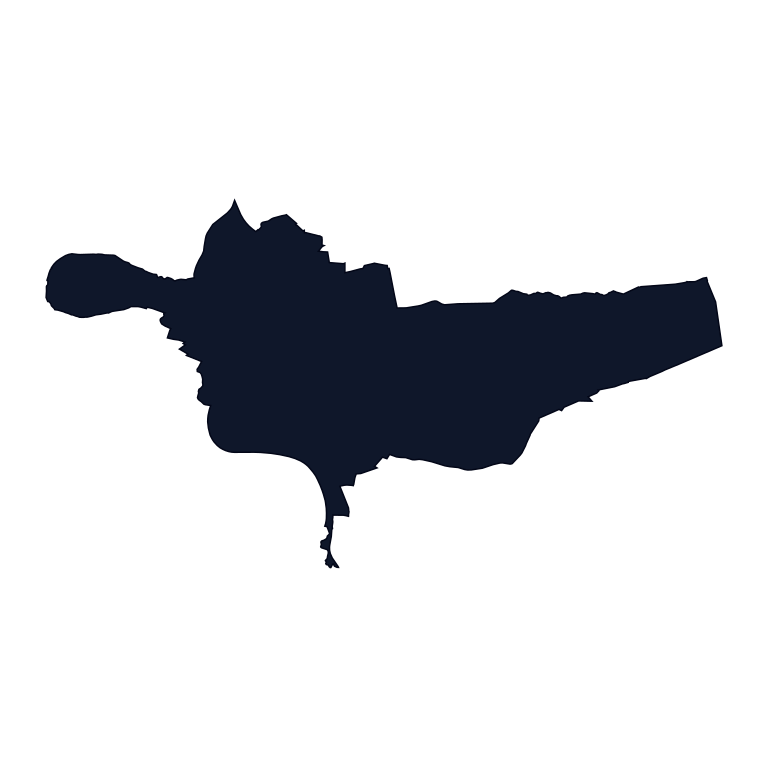 outline of Zutphen, Gelderland, Netherlands
{"feature_id": "6326949B28786285357983", "entity_name": "Zutphen", "entity_type": "district", "adm_level": 2, "iso_a3": "NLD", "parent_name": "Netherlands", "parent_adm1": "Gelderland", "projection": "equal_earth", "projection_center": [6.221, 52.129], "detail": "fine", "context": "isolated", "style": "filled", "palette": "ink", "viewbox_px": 768, "rotation_deg": 0, "n_neighbors": 0, "source": "geoboundaries", "source_scale": "gbopen_adm2", "svg_char_len": 6066}
<svg xmlns="http://www.w3.org/2000/svg" viewBox="0 0 768 768"><path d="M324.8,526.2L327.0,526.6L328.7,531.0L329.5,533.3L329.5,533.7L328.9,534.6L327.4,536.0L326.8,538.2L326.0,539.0L324.0,540.2L321.8,540.9L321.2,541.5L320.9,542.1L321.3,544.1L321.3,544.7L320.7,546.8L320.9,547.3L321.6,547.8L327.1,549.6L327.6,550.1L328.1,551.1L328.3,552.5L328.2,553.6L327.6,556.1L327.2,558.6L325.4,560.5L325.5,560.9L326.5,562.1L325.8,563.2L325.8,563.7L326.3,564.5L328.3,565.1L329.2,566.7L330.2,567.6L330.9,567.5L332.5,564.3L333.2,563.7L333.6,563.9L334.1,565.7L334.7,566.3L337.0,567.3L338.5,567.4L338.4,567.1L337.8,566.1L332.2,557.9L330.3,553.6L329.6,550.3L329.5,547.1L329.7,545.2L331.3,536.5L331.8,529.3L332.5,528.7L332.2,526.3L332.7,523.0L332.8,521.8L332.5,519.2L332.8,517.9L332.9,515.1L343.3,515.2L345.7,515.6L348.5,516.3L348.6,515.8L348.4,515.5L349.0,511.7L348.8,511.3L348.5,507.9L339.9,486.3L340.2,486.1L344.4,485.2L346.9,485.0L351.4,485.3L353.3,485.6L353.6,483.8L353.8,483.9L354.9,477.7L356.2,473.9L360.8,473.5L377.0,467.9L374.5,466.3L381.8,458.0L382.3,457.1L386.9,458.7L389.6,454.4L396.5,456.9L400.4,457.4L405.7,457.6L412.4,459.7L414.7,459.8L419.2,459.3L422.6,459.7L431.6,461.7L444.9,465.8L449.9,466.7L458.2,467.5L464.6,469.5L467.6,470.0L471.3,469.9L482.4,468.2L493.1,464.6L500.0,463.0L502.6,462.9L510.1,464.1L511.7,463.8L512.3,463.5L520.3,455.0L521.9,452.9L525.5,445.8L526.3,443.5L530.1,435.1L530.2,434.3L538.7,421.0L539.1,418.1L559.0,409.4L561.6,410.6L564.1,407.2L578.6,400.9L591.9,401.2L588.1,396.8L596.7,393.0L598.8,390.8L598.1,390.0L614.7,386.7L623.2,383.6L623.6,383.7L628.3,382.3L628.3,381.7L628.5,381.4L644.6,378.5L645.6,378.4L646.3,378.6L649.9,376.5L662.0,371.4L665.0,369.9L678.8,364.2L721.9,345.7L715.6,301.9L707.2,281.5L707.4,280.7L706.5,277.6L703.1,278.2L696.2,281.3L694.9,281.7L687.8,281.8L686.9,281.6L686.5,282.1L684.2,282.7L675.2,284.2L640.9,286.7L639.9,287.3L638.5,287.0L623.4,294.1L616.1,292.1L615.7,291.8L613.3,290.9L612.5,291.5L611.9,291.6L611.5,292.0L608.9,292.8L608.1,293.8L606.3,294.8L604.1,295.5L603.2,295.3L602.0,294.6L600.2,294.4L597.5,292.9L596.8,292.7L595.6,293.3L595.1,294.2L594.8,294.2L594.1,293.9L592.5,293.6L584.6,292.8L583.0,293.1L580.7,294.1L572.1,294.8L569.7,295.2L567.7,296.0L566.9,296.9L566.5,297.1L563.3,297.3L561.1,298.2L559.3,296.6L557.8,295.8L556.2,295.7L553.6,294.9L550.5,293.0L548.7,292.5L547.8,292.4L547.0,292.7L545.8,292.7L543.0,293.9L540.2,293.2L538.2,292.4L537.5,292.3L537.0,292.5L536.0,293.4L533.9,293.4L530.3,295.0L527.7,295.3L527.4,295.2L526.9,294.2L523.3,293.7L518.0,291.5L515.8,291.3L512.8,290.3L511.4,290.3L508.4,292.9L499.5,298.4L495.2,302.2L494.4,302.7L492.6,303.2L458.1,303.8L444.5,304.8L441.7,304.0L437.2,301.4L436.2,301.1L434.8,301.0L432.0,301.5L421.3,305.3L418.1,306.0L406.1,307.9L397.1,308.0L394.5,295.6L390.0,272.4L389.1,268.4L387.7,268.6L387.2,265.5L385.0,265.3L374.2,263.2L373.5,263.5L364.4,265.6L363.3,267.8L362.8,268.5L362.4,268.6L360.2,268.9L350.5,271.5L344.9,272.7L344.9,263.1L343.4,263.7L329.3,262.6L327.6,252.0L323.4,251.8L318.4,251.2L321.8,247.0L322.8,246.2L324.0,245.6L323.0,245.3L322.4,245.4L322.0,245.2L322.1,239.8L321.9,237.2L319.7,235.9L319.0,236.2L318.7,235.9L305.6,232.6L304.4,232.8L304.3,230.3L302.9,230.9L296.7,225.1L296.1,225.3L295.4,224.1L296.5,223.4L286.4,214.7L285.4,215.1L281.8,215.8L273.3,218.1L271.6,218.9L268.3,221.1L263.3,222.2L262.4,222.5L261.4,223.3L261.1,224.0L261.0,224.8L261.4,226.4L260.8,227.7L258.5,230.0L258.0,229.7L255.8,231.6L252.7,229.3L249.0,226.1L246.0,222.8L243.4,219.3L240.7,214.6L234.6,200.4L232.5,206.3L231.2,208.6L229.9,210.2L227.2,213.1L212.8,224.5L207.3,233.1L206.1,235.9L205.5,238.6L204.2,246.3L203.7,251.0L202.1,254.9L199.0,260.2L196.4,265.8L195.5,268.4L194.1,273.7L194.0,274.9L194.1,276.6L194.3,277.8L187.7,279.0L186.2,279.8L181.1,279.3L180.1,279.4L176.9,280.1L175.2,280.9L174.8,280.9L173.8,280.5L172.7,279.5L170.9,278.5L167.8,277.5L167.1,277.5L165.6,278.6L164.2,279.0L163.2,278.5L161.8,276.8L161.5,276.7L160.5,276.7L157.8,277.5L157.4,277.0L157.0,275.7L156.6,274.7L156.4,274.5L153.2,274.2L148.3,272.5L146.3,271.5L144.9,271.1L142.5,269.1L138.1,267.8L131.9,265.4L130.2,264.5L129.1,263.2L127.9,262.6L125.0,261.8L123.4,261.1L115.0,255.5L113.6,255.2L104.6,254.9L102.0,254.3L98.1,254.1L96.1,254.4L93.6,254.2L80.2,254.6L78.0,254.5L71.9,253.8L68.8,254.4L65.5,255.6L63.8,256.6L60.3,258.7L56.5,261.5L53.9,264.2L51.5,267.6L52.0,268.1L51.6,268.6L51.0,268.8L50.2,270.1L49.0,273.3L48.2,276.3L47.0,280.1L47.0,280.5L47.8,280.7L47.9,281.1L47.8,284.5L47.6,284.9L46.7,285.8L46.4,286.7L46.5,291.1L46.1,297.5L47.7,301.4L48.1,301.7L49.0,301.5L50.0,302.6L51.0,304.1L51.2,305.1L51.6,305.9L54.2,308.5L54.8,309.7L57.9,310.1L63.5,311.7L65.5,312.6L68.3,313.4L71.4,314.8L72.8,314.9L75.9,316.1L78.0,316.6L79.3,317.2L81.4,317.3L83.9,317.3L87.0,316.9L87.0,317.1L87.8,317.0L91.7,316.1L95.9,314.8L100.8,314.2L107.2,312.9L108.6,313.0L110.8,311.9L112.5,311.3L123.8,309.6L128.8,307.8L130.9,306.6L138.2,306.6L140.9,307.1L146.3,308.6L147.2,307.2L152.3,308.4L164.8,312.9L163.8,313.4L163.8,314.4L164.3,315.5L163.5,316.4L163.0,317.3L161.8,317.8L160.7,318.7L160.3,319.3L160.2,320.6L160.7,322.0L161.7,323.9L165.2,326.1L170.8,328.6L169.9,330.2L167.4,337.9L173.5,339.3L178.6,340.0L185.0,342.0L183.1,343.5L185.3,344.9L179.4,349.1L188.0,354.1L186.4,355.4L186.6,355.5L201.6,361.5L198.7,367.1L197.1,369.3L197.3,371.5L200.1,372.5L201.3,374.1L202.1,376.6L202.7,379.2L202.5,382.6L202.9,384.6L202.7,386.0L200.6,388.3L199.1,389.2L198.9,389.5L198.4,391.3L198.7,393.0L197.9,395.8L197.5,397.7L198.1,399.0L199.2,400.2L201.2,401.6L203.9,404.2L205.4,404.7L210.7,405.5L209.4,409.6L208.1,415.4L207.8,418.6L207.7,421.8L208.4,428.0L209.7,433.4L210.2,435.2L211.4,437.6L212.6,439.8L214.1,442.0L217.2,445.4L220.0,447.7L223.0,449.4L225.7,450.6L228.9,451.6L231.6,452.1L234.4,452.3L254.0,452.2L260.4,452.4L271.0,453.3L279.7,454.6L289.0,456.6L295.1,458.5L300.6,460.9L303.6,462.7L305.8,464.3L308.1,466.3L310.3,468.8L313.2,472.3L315.7,475.9L317.4,479.2L320.2,485.3L322.1,490.2L323.5,494.4L325.2,500.5L325.5,502.3L326.3,508.3L326.5,513.1L326.4,518.3L326.2,520.5L325.6,523.7L324.8,526.2Z" fill="#0f172a" stroke="#020617" stroke-width="1.5"/></svg>